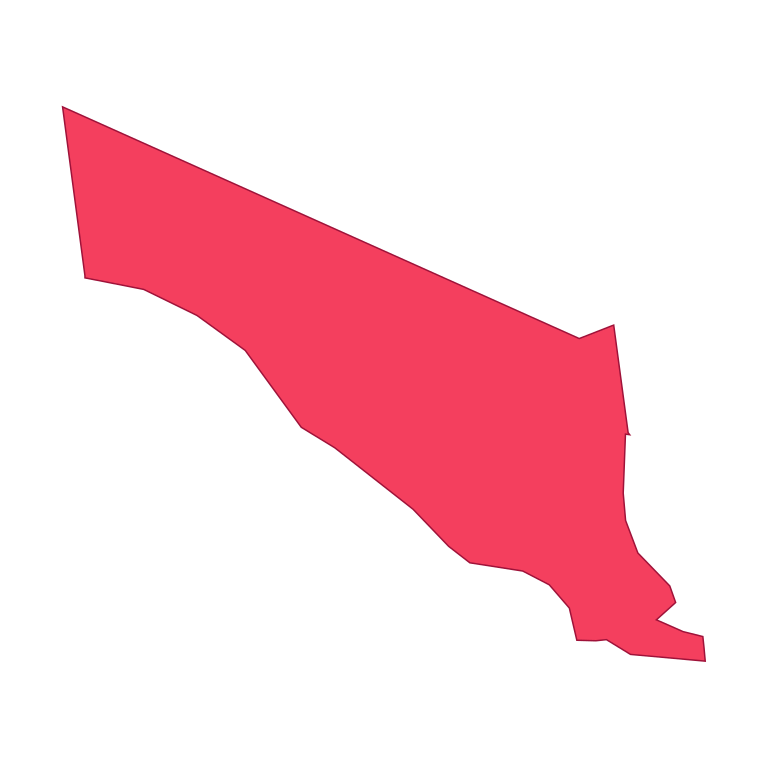 the border of Bur Sa`id, rotated 174°
{"feature_id": "EGY-1538", "entity_name": "Bur Sa`id", "entity_type": "Governorate", "adm_level": 1, "iso_a3": "EGY", "parent_name": "Egypt", "parent_adm1": "", "projection": "orthographic", "projection_center": [32.36, 31.131], "detail": "fine", "context": "isolated", "style": "filled", "palette": "rose", "viewbox_px": 768, "rotation_deg": 174, "n_neighbors": 0, "source": "natural_earth", "source_scale": "10m", "svg_char_len": 580}
<svg xmlns="http://www.w3.org/2000/svg" viewBox="0 0 768 768"><g transform="rotate(174 384 384)"><path d="M93.5,74.8L167.1,89.3L189.5,106.5L200.1,106.5L219.0,109.0L223.1,141.8L240.6,167.0L265.6,183.5L317.3,197.2L336.6,215.7L368.2,256.4L439.6,325.7L470.8,349.6L518.5,431.9L562.8,471.7L613.1,503.2L670.3,520.8L670.1,523.0L674.7,693.2L185.1,408.8L149.4,418.6L146.3,310.1L145.0,307.9L149.1,308.9L157.5,250.5L158.0,223.0L149.2,189.4L120.9,153.3L116.8,136.2L137.8,121.0L112.5,106.5L93.3,99.5L93.3,99.2L93.3,88.6L93.5,74.8Z" fill="#f43f5e" stroke="#9f1239" stroke-width="1.5"/></g></svg>